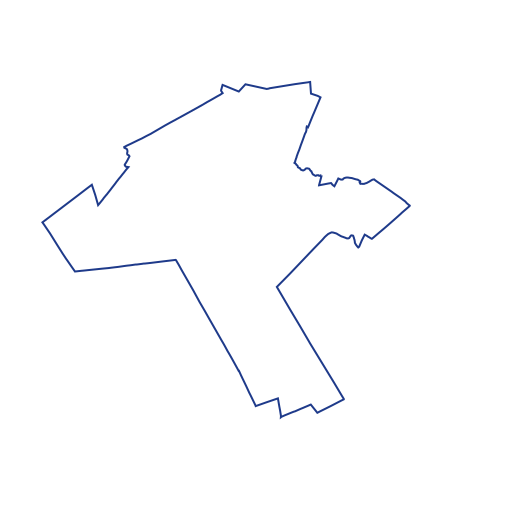 outline of Puiesti, Buzau, Romania, rotated 52°
{"feature_id": "2599482B61093461242490", "entity_name": "Puiesti", "entity_type": "district", "adm_level": 2, "iso_a3": "ROU", "parent_name": "Romania", "parent_adm1": "Buzau", "projection": "equal_earth", "projection_center": [27.232, 45.391], "detail": "fine", "context": "isolated", "style": "outline", "palette": "blue", "viewbox_px": 512, "rotation_deg": 52, "n_neighbors": 0, "source": "geoboundaries", "source_scale": "gbopen_adm2", "svg_char_len": 6010}
<svg xmlns="http://www.w3.org/2000/svg" viewBox="0 0 512 512"><g transform="rotate(52 256 256)"><path d="M156.8,408.2L157.0,407.8L157.9,406.4L158.2,405.9L160.1,402.8L161.0,401.4L162.2,399.5L163.5,397.4L171.4,384.8L174.8,379.5L176.5,376.6L176.7,376.3L177.9,374.3L179.8,371.2L183.0,365.6L183.7,364.4L184.9,362.4L185.5,361.5L186.9,359.1L187.9,357.3L188.8,355.8L189.0,355.6L189.5,354.9L189.9,354.2L190.5,353.2L191.5,351.5L192.1,350.5L192.6,349.5L192.9,349.1L193.6,348.1L195.1,345.7L197.0,342.6L201.8,334.6L203.3,332.1L206.1,327.5L209.0,322.7L209.6,321.7L209.9,321.6L211.5,321.8L215.3,322.3L216.6,322.5L221.5,323.3L244.4,326.6L257.6,328.8L267.9,330.2L277.9,331.7L278.0,331.7L301.3,335.1L304.4,335.5L307.7,336.0L313.7,337.0L315.5,337.2L321.0,338.0L328.6,339.2L335.9,340.4L336.0,340.1L340.9,341.3L341.8,341.5L342.8,341.7L343.6,341.9L352.4,343.8L359.6,345.5L362.7,346.1L373.9,348.5L374.1,348.6L377.7,337.9L381.7,326.4L388.8,330.2L392.7,332.2L397.4,334.8L398.4,335.7L398.4,334.7L398.5,334.4L399.4,330.9L400.1,328.5L400.6,326.7L401.3,324.2L402.0,321.9L402.4,321.0L404.1,314.3L404.5,313.0L405.1,310.7L406.1,307.0L406.7,304.6L406.8,304.3L415.6,304.2L417.3,304.2L417.5,303.3L417.7,302.0L420.2,289.8L422.5,277.5L423.0,275.1L422.9,274.9L422.6,274.8L420.8,274.6L419.0,274.4L404.0,272.5L382.4,270.0L357.4,267.1L356.2,266.9L353.9,266.6L339.1,264.6L319.2,262.1L293.2,258.6L290.8,240.0L285.8,206.2L284.1,193.8L283.4,190.2L283.2,187.8L283.1,185.5L283.6,183.1L283.9,182.0L284.7,181.0L287.0,179.3L287.9,178.7L289.8,178.0L291.0,177.5L292.3,177.0L293.3,176.5L294.3,175.8L296.1,174.7L296.7,174.3L297.7,173.8L298.3,173.3L298.9,172.5L299.1,172.0L299.2,171.6L299.1,171.0L298.7,169.9L298.5,169.2L298.4,168.7L298.4,168.2L298.8,167.8L299.3,167.3L299.7,167.0L300.0,167.0L300.5,167.2L301.8,167.6L302.8,168.1L303.2,168.2L303.6,168.3L304.4,168.7L305.7,169.4L306.4,169.9L306.8,170.0L307.4,170.1L308.2,170.2L309.0,170.3L311.0,170.3L312.2,170.2L312.2,169.0L308.9,163.1L306.1,157.2L306.8,156.9L308.4,156.2L308.9,156.0L309.8,155.8L310.6,155.4L313.6,154.3L313.8,154.1L313.8,153.5L313.5,146.7L313.4,144.2L313.2,138.9L313.2,138.6L312.7,128.9L312.4,124.0L311.9,116.3L311.7,114.3L311.2,104.2L310.9,103.8L309.5,104.2L307.1,104.7L304.9,104.8L302.1,105.6L299.3,106.3L291.1,108.9L288.5,109.6L288.2,109.7L276.7,113.3L276.4,113.4L271.0,115.1L269.1,115.6L268.4,115.7L268.1,116.2L267.7,116.9L267.5,117.5L267.4,118.3L267.3,119.1L267.2,119.7L267.2,120.2L267.1,121.0L266.8,122.7L266.6,123.9L266.5,124.2L266.1,125.1L265.7,126.4L265.5,126.7L265.2,127.1L264.5,127.9L263.8,128.6L263.6,128.9L263.4,129.3L262.0,129.1L261.8,129.0L261.8,128.9L261.7,128.4L261.6,128.1L261.4,127.9L261.1,127.9L260.9,127.9L260.5,128.1L260.1,128.3L259.8,128.4L258.9,128.7L258.6,128.8L258.3,129.0L258.1,129.2L257.4,129.8L256.5,130.5L254.9,131.6L254.0,132.2L253.5,132.6L252.9,133.2L252.4,133.7L251.7,134.4L251.1,134.9L250.4,135.7L250.0,136.2L249.5,137.1L249.2,137.8L249.0,138.4L248.9,139.1L248.9,139.6L249.0,140.2L249.1,140.5L249.0,140.8L248.6,141.4L248.1,142.0L247.4,142.4L246.5,142.9L245.6,143.4L246.0,144.3L246.2,144.6L246.9,146.1L249.3,151.3L248.2,151.6L246.9,151.9L246.5,151.9L245.9,151.9L245.4,151.9L245.1,151.9L244.8,151.9L244.7,152.0L243.4,154.4L240.9,159.3L239.1,162.8L239.0,162.7L233.5,155.4L233.2,155.7L232.9,156.0L232.5,156.1L232.2,156.0L232.1,155.9L232.0,156.2L231.8,156.5L231.6,156.9L231.3,157.0L231.1,157.1L230.8,157.1L230.6,157.3L230.2,157.9L229.9,158.2L229.7,159.3L229.5,159.7L229.2,159.9L228.7,160.1L228.3,160.3L227.6,160.5L227.1,160.8L226.4,160.9L225.7,160.8L225.1,160.7L224.5,160.5L224.1,160.5L223.6,160.3L223.3,160.2L223.1,160.3L222.8,160.4L222.5,160.5L221.7,160.5L220.9,160.4L220.4,160.4L220.0,160.4L219.6,160.7L219.0,161.2L218.6,161.5L218.3,161.9L217.9,162.5L217.8,162.9L217.8,163.2L217.9,163.7L218.0,164.4L217.9,165.2L217.8,165.8L217.5,166.3L216.9,166.7L216.5,167.0L215.8,167.4L215.5,167.5L215.1,167.5L214.7,167.4L214.2,167.4L213.7,167.4L213.4,167.5L213.0,167.8L212.6,168.1L212.2,168.2L211.8,168.3L211.5,168.2L211.0,167.9L210.7,167.8L210.3,167.7L209.9,167.8L209.3,167.9L208.9,168.0L208.6,168.0L208.3,167.9L208.0,167.9L207.8,167.9L207.6,167.9L207.3,168.0L206.9,168.2L206.7,168.3L206.3,168.4L206.2,168.2L206.0,167.6L205.8,167.2L205.6,166.9L205.2,166.4L204.9,166.1L204.6,165.5L203.8,164.4L203.4,163.6L203.3,163.4L202.8,162.9L202.4,162.3L200.5,159.3L198.9,156.5L196.1,152.2L194.4,149.4L192.9,147.0L191.2,144.3L190.6,143.4L190.1,142.6L189.3,141.0L189.2,140.6L188.6,139.7L188.2,139.2L187.9,138.8L187.1,138.1L186.7,137.8L186.3,137.4L186.0,137.2L185.2,136.2L185.7,135.9L186.0,135.9L186.6,135.8L186.2,135.0L183.4,130.2L180.3,124.8L178.9,122.2L174.6,114.5L170.7,107.5L167.8,108.8L161.9,112.7L152.2,106.2L147.9,113.7L144.5,119.6L132.2,142.0L131.9,143.0L131.7,143.3L131.2,144.3L130.8,144.9L130.5,145.1L114.2,158.6L115.8,168.3L110.2,171.5L103.2,175.5L100.6,177.0L101.0,177.6L102.9,180.1L103.8,181.4L104.4,181.8L107.1,182.0L106.9,184.5L106.9,184.8L106.3,188.4L105.7,192.7L105.0,197.4L104.6,199.8L103.9,205.3L100.9,224.4L99.3,234.1L99.0,236.2L98.7,237.7L98.4,239.6L98.1,241.2L97.8,243.2L97.3,246.3L97.2,246.9L95.0,263.1L95.0,263.4L94.0,268.4L93.3,272.4L93.1,273.6L92.1,277.9L92.0,278.4L90.5,285.5L89.4,290.3L89.0,292.8L89.7,293.1L91.1,292.4L91.9,292.0L92.5,292.0L93.5,292.3L94.7,293.1L95.4,294.0L96.1,294.6L96.9,294.9L97.4,294.7L98.2,294.3L98.8,294.2L99.5,294.3L101.5,298.6L102.6,301.4L102.8,302.2L103.1,302.8L103.2,303.2L103.4,303.4L103.5,303.4L103.8,303.5L104.2,303.6L104.5,303.6L104.8,303.6L105.8,303.4L106.5,302.6L107.4,301.8L107.6,302.7L107.8,303.8L107.8,304.1L107.9,304.4L108.3,306.2L109.0,308.9L109.4,310.8L109.9,312.8L110.1,313.6L110.4,314.9L110.5,315.6L110.9,317.3L111.3,318.8L111.7,320.5L112.1,321.8L112.6,323.7L113.1,325.7L113.6,327.7L114.2,329.9L115.2,334.0L115.4,334.8L115.7,335.9L115.7,336.3L116.2,338.5L116.5,340.0L117.1,342.0L118.1,346.3L118.7,349.1L112.1,346.4L108.9,345.1L98.8,341.5L98.7,347.9L98.6,359.3L98.0,403.6L100.5,403.7L111.2,404.4L124.3,405.8L135.3,406.9L141.7,407.4L142.5,407.4L151.0,407.9L156.8,408.2Z" fill="none" stroke="#1e3a8a" stroke-width="2"/></g></svg>